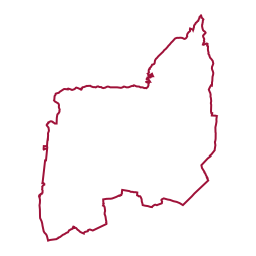 Podenii Noi, Prahova, Romania (orthographic projection)
{"feature_id": "2599482B3900560303357", "entity_name": "Podenii Noi", "entity_type": "district", "adm_level": 2, "iso_a3": "ROU", "parent_name": "Romania", "parent_adm1": "Prahova", "projection": "orthographic", "projection_center": [26.195, 45.112], "detail": "fine", "context": "isolated", "style": "outline", "palette": "rose", "viewbox_px": 256, "rotation_deg": 0, "n_neighbors": 0, "source": "geoboundaries", "source_scale": "gbopen_adm2", "svg_char_len": 5673}
<svg xmlns="http://www.w3.org/2000/svg" viewBox="0 0 256 256"><path d="M49.9,240.0L56.6,239.1L57.1,238.6L58.3,238.1L58.4,237.6L60.1,237.0L62.9,234.8L64.4,234.2L66.5,232.8L68.0,232.3L69.1,230.3L69.8,230.1L70.7,229.4L71.6,229.2L72.7,228.6L73.1,228.1L72.8,227.5L73.0,227.2L73.8,228.0L74.0,228.0L73.9,226.8L74.2,226.9L74.7,227.5L76.2,228.1L77.6,229.8L78.4,230.2L80.2,231.9L81.8,232.7L83.7,233.5L83.7,233.2L84.6,232.1L86.5,231.5L87.7,231.3L87.9,231.1L88.1,230.1L88.3,230.0L89.9,229.5L92.8,230.5L106.4,224.0L106.5,223.1L106.4,222.7L106.1,222.4L106.3,221.7L106.3,221.1L106.0,220.2L105.5,216.7L105.1,215.3L104.6,214.2L104.7,212.4L105.1,210.9L104.7,207.6L104.4,206.6L104.0,206.0L103.1,205.6L103.5,204.9L103.2,203.9L103.7,203.5L103.3,202.2L103.2,199.4L106.8,198.8L110.8,198.7L112.1,198.5L116.1,197.0L119.3,195.4L119.5,195.4L119.5,195.9L119.8,195.9L120.8,194.9L121.3,195.0L121.5,194.3L121.7,194.0L121.8,193.5L122.0,193.2L121.8,192.7L122.0,191.9L122.0,190.9L122.2,189.9L129.4,191.1L130.7,191.8L132.9,191.9L133.6,192.2L135.6,192.2L137.3,192.5L137.1,195.3L138.3,195.8L138.7,196.3L140.0,196.2L140.4,196.6L140.9,197.5L141.6,199.2L141.8,201.5L142.4,203.4L142.7,205.1L145.1,205.7L147.9,206.1L150.4,206.9L152.0,207.1L152.5,206.3L154.5,204.9L155.3,204.7L156.9,205.2L158.0,204.7L161.6,203.4L161.8,203.3L162.1,201.5L161.4,200.2L161.5,199.7L162.1,199.2L163.8,198.4L167.6,199.5L170.0,199.9L173.5,201.2L176.7,201.9L179.6,203.1L182.9,205.1L191.8,196.4L194.4,193.5L208.2,180.5L207.0,177.9L207.4,177.8L205.8,174.9L205.2,173.3L204.8,173.0L204.3,172.3L204.3,172.0L204.4,171.8L202.0,168.0L201.4,165.2L207.7,158.5L210.5,156.4L209.9,155.6L211.6,154.1L214.7,150.2L214.7,149.5L215.4,145.2L214.9,142.0L215.3,140.9L215.6,138.9L215.7,132.9L215.5,132.3L215.4,127.3L216.0,124.6L216.5,121.6L216.4,119.2L216.8,116.2L216.3,116.0L216.4,115.9L215.6,115.7L211.8,115.5L211.9,114.1L212.1,114.1L212.2,113.1L211.3,113.0L211.0,111.4L211.2,104.8L210.9,103.6L210.9,102.8L211.2,101.1L210.9,98.0L210.5,96.7L210.6,94.6L210.2,92.8L209.8,92.1L208.8,89.6L209.9,87.2L211.0,85.3L211.7,85.6L211.7,85.3L212.0,85.0L212.0,82.4L212.3,81.0L212.5,76.8L213.1,74.7L213.3,73.0L212.8,71.1L212.3,70.0L211.9,68.6L212.0,66.9L212.8,65.0L213.3,63.6L212.7,60.9L211.3,59.0L210.1,57.7L209.4,55.9L209.4,55.5L209.3,55.1L208.7,54.4L208.4,53.6L208.4,53.3L208.6,52.9L208.6,52.7L208.2,51.3L207.9,49.5L208.0,46.3L207.7,45.9L207.3,45.9L207.1,45.4L207.6,44.0L206.9,43.5L206.4,43.5L203.8,44.7L203.4,44.8L202.9,44.6L203.6,42.6L204.1,42.1L204.3,41.6L203.9,40.4L204.2,39.5L204.2,38.9L203.4,37.3L203.1,36.4L203.1,35.6L203.7,34.8L204.2,34.5L204.3,34.1L205.2,33.4L205.6,32.8L205.4,32.3L204.6,31.4L203.8,31.0L203.1,30.2L202.6,28.8L202.1,26.5L202.1,24.8L202.4,24.2L202.5,23.1L202.8,22.1L202.8,20.8L203.4,19.4L201.7,17.6L201.1,15.4L200.9,15.4L200.2,16.4L199.4,17.2L199.4,18.4L198.8,19.1L198.2,20.9L197.5,21.2L196.6,22.4L195.8,22.8L195.4,23.9L194.6,24.6L194.4,25.3L194.0,25.9L194.0,27.1L193.7,27.7L193.5,29.0L193.1,30.1L192.9,29.6L190.1,28.5L189.9,29.3L190.1,30.3L189.9,31.3L188.5,32.3L187.4,33.9L187.0,35.4L187.2,36.4L186.2,38.0L185.4,38.6L184.6,38.9L184.0,38.8L182.9,38.2L182.1,37.9L180.6,37.7L178.1,37.9L177.1,37.8L175.3,38.4L174.8,38.8L172.5,41.4L171.3,42.5L169.7,44.5L168.3,45.9L167.5,47.0L165.8,48.9L164.2,50.2L163.1,51.7L158.2,56.4L157.1,57.8L155.9,58.9L155.0,60.5L154.6,63.2L154.2,63.9L152.8,64.6L152.1,64.7L151.2,66.6L149.6,68.3L149.8,68.9L148.9,69.5L148.6,71.1L149.0,72.2L148.4,73.2L147.8,73.6L148.0,73.8L148.5,73.7L148.5,74.5L148.2,75.0L148.4,75.7L148.7,75.9L149.4,75.6L152.0,73.8L152.3,74.6L152.7,75.6L153.0,76.2L151.9,76.2L151.7,76.5L151.0,76.3L150.3,76.9L150.4,77.4L150.1,77.5L148.9,77.7L147.4,77.6L147.1,78.5L146.7,78.9L146.7,79.2L147.4,79.4L147.9,79.2L148.3,79.5L149.1,80.2L150.0,81.7L149.0,81.6L148.7,81.9L147.1,81.6L146.5,81.7L146.2,81.9L146.3,82.1L148.9,83.1L148.6,83.6L148.4,84.3L148.5,85.2L147.9,86.8L146.4,88.2L145.5,88.0L144.3,88.1L142.7,87.4L141.4,87.3L140.6,87.4L139.2,86.6L136.5,86.4L134.0,85.3L133.6,85.4L133.2,86.0L132.2,85.9L131.2,86.2L129.3,87.0L128.3,87.3L126.3,87.3L124.7,86.7L123.4,86.7L123.3,86.8L123.5,86.9L123.3,87.0L121.6,87.7L120.7,87.8L116.9,87.3L110.2,87.3L108.7,86.7L107.6,86.6L106.5,86.9L105.4,87.6L103.2,88.1L102.0,87.7L101.3,87.1L99.3,87.0L98.2,86.4L97.1,86.5L96.6,87.0L95.7,87.4L95.1,87.1L93.1,87.1L91.1,86.4L90.4,85.8L88.3,85.9L87.6,86.0L86.9,85.9L83.8,87.1L82.5,87.3L82.1,87.8L82.0,88.5L81.3,88.6L81.3,89.6L81.1,89.7L80.7,89.5L79.9,89.0L77.7,88.0L76.3,87.6L75.8,87.8L75.3,88.5L74.3,89.2L72.4,89.9L71.4,89.8L70.9,89.4L68.2,88.6L67.7,88.8L67.7,89.4L64.7,89.0L63.9,89.1L59.6,91.9L58.8,92.8L56.1,93.5L55.7,93.7L55.5,94.8L54.6,96.1L54.3,99.8L54.0,100.3L54.8,101.4L58.2,103.4L58.8,104.3L59.0,105.8L58.8,106.9L59.0,107.8L59.4,108.8L59.7,109.8L59.4,110.5L59.5,111.6L59.3,112.1L58.8,112.6L58.6,113.4L57.7,114.0L57.5,114.3L57.3,114.8L56.8,117.9L56.6,123.5L54.8,123.5L53.0,122.1L52.9,122.2L51.8,121.4L50.6,121.3L48.2,122.5L48.4,123.1L47.7,123.8L47.0,124.2L46.7,124.9L46.7,125.3L47.0,125.7L48.5,127.6L48.8,129.6L48.9,130.7L48.7,131.5L48.2,132.7L48.0,133.5L48.1,135.4L48.0,136.6L47.9,139.2L47.7,139.1L47.3,141.8L47.0,146.2L43.8,146.1L43.6,149.2L43.8,149.5L47.2,148.1L46.0,160.4L45.1,160.4L42.7,181.7L42.4,183.1L43.5,183.1L43.7,183.3L43.7,183.7L43.8,184.0L44.3,184.1L44.3,184.7L43.6,185.0L42.8,185.8L42.2,186.7L42.4,187.9L42.1,189.4L42.6,190.5L42.5,192.8L41.7,193.4L41.7,193.8L40.9,193.9L40.7,194.1L40.3,195.1L39.9,194.8L39.7,195.0L39.6,195.4L39.4,195.2L39.2,195.4L39.7,196.9L39.6,197.1L39.3,197.1L39.6,197.9L40.0,200.1L39.9,203.0L39.5,205.3L39.9,209.3L40.0,216.1L40.1,218.1L41.6,221.3L42.2,223.5L42.5,225.6L43.7,231.3L44.5,232.7L45.9,234.1L46.6,235.2L47.0,236.3L48.1,240.6L49.9,240.0Z" fill="none" stroke="#9f1239" stroke-width="2"/></svg>